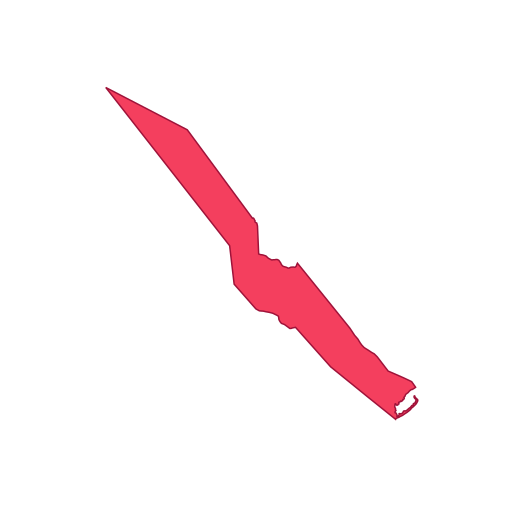 Gagaemauga II, Gaga'emauga, Samoa (Mercator projection), rotated 116°
{"feature_id": "51752279B40413162878901", "entity_name": "Gagaemauga II", "entity_type": "district", "adm_level": 2, "iso_a3": "WSM", "parent_name": "Samoa", "parent_adm1": "Gaga'emauga", "projection": "mercator", "projection_center": [-172.342, -13.526], "detail": "fine", "context": "isolated", "style": "filled", "palette": "rose", "viewbox_px": 512, "rotation_deg": 116, "n_neighbors": 0, "source": "geoboundaries", "source_scale": "gbopen_adm2", "svg_char_len": 2061}
<svg xmlns="http://www.w3.org/2000/svg" viewBox="0 0 512 512"><g transform="rotate(116 256 256)"><path d="M341.6,58.9L340.7,59.0L338.0,56.6L337.4,56.3L335.0,54.4L332.6,53.1L330.5,51.8L327.2,50.2L325.8,49.7L324.9,49.7L322.9,48.7L321.0,48.0L319.0,47.3L317.4,47.1L315.3,47.1L314.5,47.5L314.1,48.0L313.8,49.4L313.0,51.2L312.2,52.1L312.7,52.5L313.9,51.8L314.5,50.6L314.7,49.6L315.3,48.9L318.3,48.7L319.7,49.8L320.7,49.5L321.6,49.8L322.1,50.4L324.5,50.9L325.8,51.7L328.5,52.8L329.6,53.5L330.3,55.0L330.8,55.4L332.9,55.4L334.4,56.6L334.6,57.8L335.0,58.2L335.4,57.8L337.0,57.8L338.3,58.3L338.3,59.1L337.4,59.3L336.6,60.1L335.7,61.5L335.9,62.3L335.1,62.7L333.5,62.5L333.1,63.3L332.4,63.4L331.7,64.0L330.9,65.2L330.4,65.3L329.1,65.8L327.9,66.1L327.6,65.7L328.1,65.3L328.4,63.9L327.6,63.2L327.0,63.3L326.2,62.7L325.0,63.6L323.7,62.4L322.9,62.2L323.0,61.7L321.9,61.0L320.7,61.1L320.7,60.7L319.5,60.3L318.8,60.4L318.2,61.1L316.8,60.6L315.4,60.8L314.3,60.6L312.1,59.4L310.4,59.0L308.9,58.4L307.9,57.8L307.7,57.3L306.7,56.5L304.7,55.3L304.0,55.0L300.7,61.0L300.7,63.9L300.8,70.4L301.5,86.8L294.0,101.8L293.5,102.8L292.1,106.9L292.0,109.5L291.4,114.0L291.2,116.2L290.9,118.7L289.7,121.9L288.4,124.3L285.9,128.2L284.0,132.8L283.7,133.2L279.7,140.0L244.3,215.6L245.5,215.6L247.6,215.4L248.7,215.8L249.2,216.4L249.5,217.5L250.8,219.8L252.5,221.1L252.8,222.0L252.8,223.8L253.3,226.4L253.3,227.8L252.5,229.5L251.4,230.8L249.9,233.5L249.8,234.5L249.9,235.6L250.5,236.7L251.2,237.6L251.8,238.9L252.5,239.8L252.7,240.4L252.6,243.9L251.6,247.1L252.0,250.1L252.4,251.5L252.8,252.6L253.0,254.5L228.4,267.8L226.1,269.7L226.0,271.4L225.6,272.0L224.5,272.5L224.3,273.1L223.2,274.4L223.1,275.3L223.6,275.8L172.7,373.1L170.4,464.9L258.3,284.2L290.9,263.3L303.6,232.9L303.8,229.0L303.2,227.3L302.4,225.4L301.7,222.4L300.9,219.7L300.1,215.8L300.1,211.4L300.2,209.8L300.7,209.1L303.0,207.6L303.9,206.5L304.8,205.0L305.4,203.6L305.1,200.6L305.3,199.1L306.3,193.8L305.8,192.8L304.6,191.6L302.8,189.2L322.9,140.3L334.1,92.0L341.6,58.9Z" fill="#f43f5e" stroke="#9f1239" stroke-width="1.5"/></g></svg>